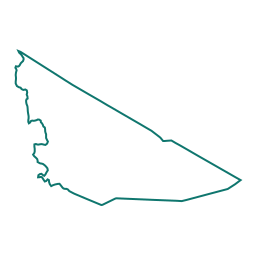 outline of Souto Soares, Bahia, Brazil
{"feature_id": "56859067B69243196353735", "entity_name": "Souto Soares", "entity_type": "district", "adm_level": 2, "iso_a3": "BRA", "parent_name": "Brazil", "parent_adm1": "Bahia", "projection": "natural_earth1", "projection_center": [-41.909, -11.985], "detail": "fine", "context": "isolated", "style": "outline", "palette": "teal", "viewbox_px": 256, "rotation_deg": 0, "n_neighbors": 0, "source": "geoboundaries", "source_scale": "gbopen_adm2", "svg_char_len": 2088}
<svg xmlns="http://www.w3.org/2000/svg" viewBox="0 0 256 256"><path d="M38.1,177.3L39.6,177.2L40.9,176.9L42.0,177.3L42.7,178.3L43.7,179.9L44.8,181.5L46.2,181.0L47.6,179.4L48.9,180.1L49.1,182.2L49.8,184.2L51.2,186.1L53.0,185.2L55.0,184.5L57.8,183.9L59.5,183.8L60.9,185.5L62.5,187.6L63.5,188.5L65.1,188.9L66.6,188.9L67.9,189.5L69.3,191.1L71.0,192.0L72.9,193.0L74.5,193.8L75.7,194.3L85.9,198.6L101.3,205.0L102.5,204.8L115.0,198.7L116.2,198.3L137.5,199.2L153.9,199.9L177.0,200.8L181.7,201.1L186.7,199.9L207.7,194.3L227.7,189.0L235.0,184.3L240.6,180.1L234.9,176.9L228.1,173.0L198.0,155.8L181.4,146.2L179.1,144.9L175.6,143.0L171.4,140.5L168.3,140.7L166.8,140.8L164.7,141.0L163.1,141.0L160.4,137.7L159.3,136.8L151.5,130.8L146.5,127.9L140.4,124.3L123.3,114.4L110.4,106.9L107.9,105.5L104.2,103.3L100.2,100.9L88.9,94.4L72.4,84.8L65.4,80.4L63.7,79.3L61.7,78.0L20.6,51.9L18.4,51.0L19.2,52.7L20.6,54.0L21.7,55.2L22.5,56.6L23.5,58.0L23.6,59.4L23.0,61.1L21.8,62.2L20.7,63.3L19.9,64.9L19.1,66.0L18.0,66.6L15.9,66.3L15.4,67.8L16.1,68.8L16.6,70.3L16.0,72.4L15.7,75.0L15.9,76.8L16.0,78.2L15.9,79.9L15.7,81.6L15.7,83.5L16.9,86.0L18.8,87.2L20.6,87.7L21.6,89.1L23.3,89.9L25.4,89.5L26.8,90.4L27.2,92.5L26.7,94.6L27.4,96.3L27.6,98.6L26.5,99.3L26.1,100.7L26.2,102.2L26.5,103.9L27.4,106.2L27.6,107.9L27.7,109.3L27.8,111.2L28.0,112.7L28.2,113.9L28.6,116.2L28.6,118.3L28.3,120.0L28.3,121.9L28.9,123.3L30.2,122.4L30.7,121.2L32.1,120.6L33.7,120.8L35.0,120.6L36.7,120.1L37.8,119.5L39.1,119.6L40.7,120.6L40.9,122.3L41.8,123.1L42.8,124.7L43.4,126.5L44.8,127.5L45.1,129.3L45.2,131.4L45.6,133.0L46.1,134.2L46.1,136.1L46.1,138.0L46.9,139.7L47.9,141.6L47.1,143.6L45.5,144.9L44.1,144.7L42.7,144.3L41.4,144.1L39.9,144.3L38.4,144.6L37.2,144.5L35.9,144.0L34.4,144.4L34.4,146.8L34.7,148.7L34.7,150.1L34.7,151.5L34.3,153.0L33.1,154.6L34.2,156.2L36.0,157.8L37.2,159.1L37.6,160.6L37.6,162.0L39.0,162.8L40.2,163.4L41.7,163.6L43.0,164.0L44.1,164.8L45.2,165.7L46.3,166.9L47.4,168.3L47.8,170.3L46.4,172.5L45.4,174.5L44.2,175.8L42.7,174.9L41.4,173.8L39.9,174.1L38.4,175.2L38.1,177.3Z" fill="none" stroke="#0f766e" stroke-width="2"/></svg>